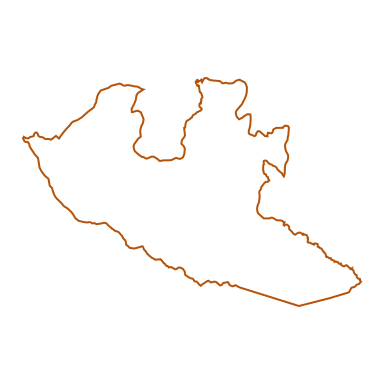 the district of Santo Domingo Tepuxtepec, Oaxaca, Mexico
{"feature_id": "50627088B60022812235363", "entity_name": "Santo Domingo Tepuxtepec", "entity_type": "district", "adm_level": 2, "iso_a3": "MEX", "parent_name": "Mexico", "parent_adm1": "Oaxaca", "projection": "natural_earth1", "projection_center": [-96.068, 16.934], "detail": "fine", "context": "isolated", "style": "outline", "palette": "amber", "viewbox_px": 384, "rotation_deg": 0, "n_neighbors": 0, "source": "geoboundaries", "source_scale": "gbopen_adm2", "svg_char_len": 5983}
<svg xmlns="http://www.w3.org/2000/svg" viewBox="0 0 384 384"><path d="M23.8,136.8L23.0,138.3L24.5,141.2L25.6,142.0L28.1,142.2L29.4,144.4L29.5,146.1L30.9,148.5L34.6,154.1L38.0,158.0L39.6,167.7L41.3,171.0L44.7,175.6L48.5,178.9L49.7,185.5L50.2,186.3L52.0,188.0L53.2,192.2L55.1,196.6L57.1,198.9L61.9,203.6L63.4,205.7L64.4,206.5L67.5,208.4L71.5,212.2L73.0,214.2L75.2,218.0L75.9,218.7L78.7,220.8L82.7,221.8L86.5,222.5L89.6,222.1L91.0,222.5L92.4,223.4L94.3,223.1L96.6,224.2L102.2,223.3L103.9,222.7L106.6,223.4L107.3,224.5L109.5,226.5L111.4,227.9L112.2,228.9L113.6,229.6L115.1,230.9L117.9,231.7L118.6,232.1L121.9,235.8L123.0,237.5L123.2,238.4L125.2,240.3L125.7,241.3L126.3,244.9L127.8,245.9L129.7,247.9L132.3,248.2L133.1,248.5L135.3,248.3L142.2,246.3L142.8,246.5L144.0,249.4L144.8,250.5L145.7,251.2L147.1,253.5L148.5,255.0L151.6,257.6L155.7,259.8L157.3,259.4L158.6,259.6L160.2,259.1L161.9,260.6L163.7,263.1L164.9,263.8L166.1,265.7L167.5,266.0L168.1,266.4L168.6,267.4L170.4,267.1L171.4,267.2L175.5,269.4L177.2,268.6L178.5,267.5L180.7,267.7L182.9,268.9L184.6,271.3L185.3,275.0L188.9,277.4L190.7,278.3L192.8,278.7L194.6,281.4L196.7,281.6L199.4,284.7L200.7,285.8L201.3,285.4L201.5,284.9L207.6,280.9L208.4,280.7L211.0,282.5L214.1,281.7L215.6,281.8L217.1,282.7L217.6,283.5L218.4,283.7L218.8,284.4L219.7,285.2L220.4,285.4L220.9,285.3L221.9,284.8L223.2,283.0L227.8,282.1L228.4,282.6L229.0,284.2L230.1,285.4L232.7,286.3L235.6,285.2L238.7,287.0L240.8,287.8L298.9,306.0L329.5,298.2L349.0,292.3L351.4,287.8L354.7,286.8L356.7,284.7L359.3,283.8L361.0,281.6L360.0,280.6L360.1,279.1L359.4,278.8L358.3,278.7L356.8,277.2L356.6,275.1L355.1,274.4L353.9,272.4L353.3,270.2L352.9,269.7L351.5,269.3L351.9,268.2L350.3,269.0L349.5,267.9L346.8,265.3L345.8,265.3L344.3,266.3L343.1,266.2L342.1,265.5L341.4,265.2L340.9,263.5L340.3,263.5L339.4,263.9L338.4,263.2L338.1,262.3L337.3,261.9L335.7,261.5L334.5,261.9L334.2,260.7L331.3,259.6L330.9,258.2L329.3,258.3L327.4,256.8L326.6,257.1L326.1,256.6L325.8,254.7L325.2,253.5L324.5,252.6L323.8,252.4L323.6,252.0L323.4,251.2L322.7,250.6L321.5,248.7L321.0,248.3L319.9,248.1L319.0,247.0L318.3,247.0L317.7,246.6L317.7,244.2L317.3,243.9L315.0,243.4L314.0,244.6L313.6,243.9L313.1,243.9L312.7,244.1L309.5,242.6L307.8,242.4L307.6,241.8L307.7,241.0L308.1,239.9L308.0,239.0L307.6,238.7L308.1,238.1L306.7,235.2L306.2,234.9L304.7,234.7L303.4,233.8L303.2,234.0L303.0,234.8L302.5,234.6L301.6,233.4L300.5,232.7L298.9,232.6L296.3,233.8L295.6,234.5L295.2,234.7L293.9,234.2L291.7,231.5L289.2,229.1L289.1,227.1L288.6,225.9L286.6,224.5L285.6,224.6L284.7,225.0L284.3,225.6L283.7,225.2L283.8,224.7L283.7,224.0L284.4,222.2L283.6,222.2L282.5,221.0L280.9,220.4L277.0,220.3L276.0,219.9L274.7,218.9L272.5,217.8L270.8,217.7L269.7,218.4L263.8,218.4L258.8,214.0L257.4,211.7L257.1,209.0L257.3,206.9L257.9,204.6L258.6,203.2L259.1,201.6L259.6,197.8L259.5,194.0L259.2,192.3L259.6,190.9L260.9,189.1L261.3,187.1L264.1,183.4L265.6,182.0L268.1,181.7L269.3,180.4L268.2,178.9L268.0,177.3L267.7,176.9L266.9,176.6L266.3,175.8L265.9,174.4L264.3,173.9L263.5,171.8L263.5,170.6L263.1,170.1L263.2,166.4L263.3,165.1L264.0,164.1L263.7,163.0L263.6,161.6L264.0,160.8L265.7,160.5L267.1,161.3L268.6,163.2L269.8,164.0L272.1,164.9L273.1,165.8L275.5,166.6L276.5,167.6L277.3,169.2L278.3,170.3L282.2,173.6L282.7,175.0L283.8,176.4L284.4,174.8L284.8,171.6L284.9,167.1L285.2,165.0L285.9,163.1L287.4,160.9L288.0,158.4L288.2,156.3L287.9,154.6L286.1,151.4L285.3,148.5L285.0,145.9L285.4,143.7L287.6,139.8L287.8,136.8L288.2,135.9L288.4,134.4L288.9,127.5L288.0,126.1L285.2,125.6L283.4,126.8L283.0,127.8L276.2,127.9L273.4,129.4L272.4,132.7L271.2,133.3L270.0,133.2L268.0,132.7L267.4,134.7L267.5,136.3L265.2,136.2L259.6,131.3L257.8,131.2L256.2,133.6L256.1,134.7L254.6,136.2L251.6,134.8L250.5,134.6L248.8,133.5L248.8,130.9L250.0,126.5L250.5,122.9L250.7,117.6L250.4,114.5L247.5,114.2L244.2,116.1L242.2,117.8L239.0,119.3L237.0,117.1L236.3,115.5L235.8,113.4L235.9,111.9L236.7,110.3L241.9,104.3L245.0,98.2L246.2,95.0L246.8,91.6L246.9,87.3L246.1,84.6L244.7,82.4L239.5,79.7L236.0,80.7L233.4,82.9L231.7,83.4L228.0,83.4L225.9,82.7L222.7,83.4L219.9,81.1L213.1,80.5L210.0,80.0L209.2,79.7L208.3,78.9L207.7,78.9L206.7,78.0L204.3,78.3L203.2,80.1L203.0,80.7L202.7,80.9L202.1,82.2L201.9,81.8L201.7,80.0L201.4,79.6L200.4,80.6L199.8,81.0L199.2,81.1L197.3,79.9L197.0,80.1L197.0,80.5L197.9,81.7L197.9,82.0L197.3,82.0L196.1,81.3L195.8,81.4L195.7,81.7L195.8,82.5L197.4,85.9L197.7,86.0L198.5,85.4L199.0,86.1L199.2,88.4L199.8,92.1L200.7,92.5L201.1,92.9L202.4,96.6L202.3,97.7L201.2,99.1L201.3,101.1L200.8,101.4L201.1,102.9L200.9,103.6L200.3,103.8L200.0,103.4L199.5,103.8L199.4,104.7L199.4,105.9L199.7,106.8L200.4,107.6L201.3,108.1L201.7,109.4L200.8,110.5L196.6,112.5L196.2,113.2L195.6,113.7L192.9,115.3L191.9,117.5L190.8,118.1L190.2,118.9L186.7,121.0L186.3,121.6L185.6,123.7L185.0,127.7L184.1,128.0L185.0,135.4L184.1,137.3L182.1,139.8L181.5,142.2L181.5,143.8L183.9,146.4L184.8,148.3L184.4,153.6L183.1,157.1L181.7,158.2L180.4,158.8L179.2,158.8L176.0,157.9L171.1,160.2L162.8,160.4L161.5,160.8L159.5,160.9L157.8,159.2L153.7,156.7L151.4,156.7L147.0,158.6L145.8,158.5L143.4,157.0L142.1,157.0L138.9,154.8L134.9,151.3L134.1,149.2L133.6,147.2L133.7,145.6L134.5,143.8L138.0,138.9L140.8,136.6L140.3,132.5L140.3,129.9L141.3,126.4L143.1,122.5L143.6,119.2L140.9,112.3L138.0,110.8L136.3,110.9L132.9,112.0L131.9,112.1L131.6,108.9L134.1,104.0L135.7,100.1L136.5,95.3L137.9,93.1L143.4,89.5L141.8,89.1L138.5,87.1L136.7,86.5L134.7,86.4L130.6,85.5L127.5,85.1L124.4,85.7L123.1,85.4L121.9,84.5L119.7,83.6L111.1,85.8L108.6,87.8L100.7,90.5L98.2,94.2L97.2,96.5L97.1,97.9L96.4,100.0L96.3,102.0L94.8,104.8L94.0,107.1L92.3,108.6L88.3,111.5L81.8,117.3L77.5,120.0L72.9,121.7L71.3,123.1L70.0,125.1L65.9,129.4L62.2,133.9L59.0,138.5L56.0,135.9L51.1,139.7L49.0,139.0L47.2,138.9L46.2,139.1L44.8,138.7L42.9,137.4L39.5,136.7L38.4,135.8L37.5,133.6L36.6,132.5L35.3,132.7L34.0,134.3L33.7,136.0L32.0,136.6L30.1,137.0L28.9,138.0L27.7,138.4L25.9,138.2L23.8,136.8Z" fill="none" stroke="#b45309" stroke-width="2"/></svg>